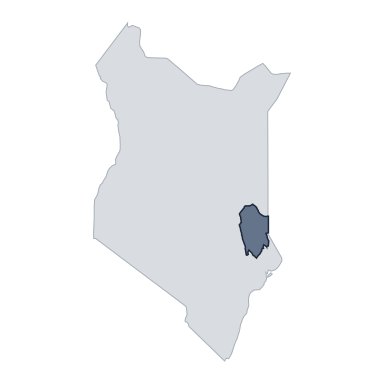 location of Fafi, North-Eastern, Kenya
{"feature_id": "3690345B31550600225726", "entity_name": "Fafi", "entity_type": "district", "adm_level": 2, "iso_a3": "KEN", "parent_name": "Kenya", "parent_adm1": "North-Eastern", "projection": "equal_earth", "projection_center": [40.194, -0.782], "detail": "fine", "context": "in_parent", "style": "filled", "palette": "slate", "viewbox_px": 384, "rotation_deg": 0, "n_neighbors": 0, "source": "geoboundaries", "source_scale": "gbopen_adm2", "svg_char_len": 6801}
<svg xmlns="http://www.w3.org/2000/svg" viewBox="0 0 384 384"><path d="M93.7,238.5L93.6,232.9L94.2,218.5L94.2,205.8L94.7,199.5L97.0,195.5L98.1,192.6L98.9,188.5L100.1,185.2L102.8,182.5L103.3,181.0L106.2,176.5L108.0,170.7L109.3,168.7L111.0,166.9L112.1,165.9L114.0,164.9L115.5,164.4L115.8,163.9L115.9,163.0L115.4,159.4L116.1,158.2L117.1,155.8L118.3,153.6L119.3,152.2L119.9,150.7L120.2,148.2L120.2,146.4L120.2,143.4L119.9,136.8L118.7,131.2L117.9,125.0L118.5,122.9L117.5,119.3L117.0,119.1L116.2,118.3L115.2,114.8L114.5,111.7L114.0,110.9L110.7,108.2L109.1,101.7L107.2,100.2L106.3,93.8L106.1,92.0L107.1,85.6L107.0,84.1L105.9,82.7L102.8,81.3L100.3,78.7L100.7,77.8L100.8,76.8L99.5,76.2L95.7,65.2L100.7,58.6L105.7,51.9L112.1,43.5L118.0,35.7L123.1,29.0L127.6,23.0L127.5,24.2L127.5,25.7L128.1,26.6L129.0,27.3L130.3,26.6L131.4,25.7L132.5,25.5L139.3,28.0L140.5,30.1L140.4,32.5L140.7,34.1L140.2,35.9L139.6,41.0L139.7,45.7L141.8,49.2L143.6,51.9L145.0,55.8L146.1,57.0L147.6,57.6L152.2,57.8L159.1,58.0L165.8,58.2L166.4,58.3L167.8,58.9L173.9,64.1L179.5,68.8L184.3,73.0L188.9,77.0L193.4,80.9L196.9,84.1L200.3,85.1L205.9,85.6L209.7,85.8L213.3,87.1L218.6,88.4L222.5,89.1L224.9,89.8L231.5,90.5L232.6,90.1L235.5,86.5L238.8,80.6L240.1,77.4L244.3,74.2L251.8,69.8L257.0,66.6L262.8,63.4L265.5,66.2L269.1,70.6L270.7,72.8L272.1,73.7L274.0,74.4L276.4,74.4L277.8,74.3L280.5,73.7L286.8,73.2L290.4,73.2L287.3,79.1L283.7,86.1L277.0,99.0L271.9,105.8L268.1,110.9L267.7,111.8L267.7,117.5L267.8,131.5L267.9,159.5L268.0,187.5L268.0,215.5L268.1,229.4L268.1,234.1L271.5,240.0L274.8,245.8L279.1,253.4L281.5,257.5L281.9,258.8L281.7,261.5L278.1,267.2L275.2,269.8L271.2,271.1L270.1,270.8L268.5,270.0L267.9,271.4L267.4,273.5L266.6,273.1L265.9,272.4L266.3,276.2L266.7,278.1L266.1,280.6L264.2,282.8L264.0,284.7L259.8,289.6L253.9,290.1L250.8,292.5L249.5,294.5L248.4,298.8L248.8,305.5L247.1,310.6L246.8,313.1L243.8,316.5L242.4,319.5L241.4,322.6L240.6,324.0L239.5,330.9L238.1,335.1L237.7,336.5L237.4,337.8L236.3,340.3L235.6,342.0L235.0,343.1L231.5,353.9L228.6,358.7L226.4,358.2L225.0,360.1L224.8,361.0L224.1,360.5L222.2,358.7L218.4,355.0L214.7,351.3L210.9,347.7L207.1,344.0L203.3,340.4L199.5,336.7L195.7,333.0L192.0,329.4L189.7,327.2L188.8,325.9L188.0,323.4L187.6,322.8L186.6,322.0L185.4,321.8L185.1,321.3L185.1,320.1L185.5,318.3L186.9,315.0L187.0,313.0L186.8,310.8L186.3,307.2L185.9,306.3L183.4,304.5L178.2,300.5L172.9,296.6L167.7,292.6L162.4,288.7L157.2,284.7L151.9,280.8L146.7,276.8L141.4,272.9L136.1,268.9L130.9,265.0L125.6,261.0L120.4,257.1L115.1,253.1L109.9,249.2L104.6,245.2L99.4,241.3L97.4,239.8L95.6,238.5L93.7,238.5ZM268.5,276.9L267.6,277.2L268.0,275.3L270.7,272.9L271.8,273.4L272.0,274.0L272.0,274.5L271.5,275.0L268.5,276.9Z" fill="#d9dde1" stroke="#a8b0b8" stroke-width="1"/><path d="M239.4,214.0L239.5,214.3L240.1,215.9L240.6,217.0L240.7,217.3L240.7,218.0L240.9,219.5L241.0,220.0L241.1,221.0L241.2,221.5L241.2,221.8L241.3,222.2L241.3,222.4L241.3,222.5L241.1,222.5L240.9,222.7L240.8,222.8L240.7,222.9L240.6,223.1L240.4,223.4L240.2,223.7L239.8,224.4L239.7,224.5L239.4,224.8L239.5,224.9L239.5,225.0L239.6,225.5L239.5,225.9L239.5,226.0L239.7,226.3L239.9,226.6L240.0,226.9L240.1,227.0L240.1,227.5L240.2,227.9L240.3,228.0L240.4,228.4L240.5,228.5L240.5,229.0L240.6,229.3L240.7,229.6L240.7,229.8L240.7,230.0L240.6,230.3L240.6,230.5L240.7,230.8L240.8,231.0L241.0,231.3L241.1,231.5L241.2,232.1L241.3,232.4L241.3,232.5L241.5,232.8L241.6,233.1L241.6,233.4L241.6,233.7L241.6,233.8L241.6,234.1L241.6,234.3L241.6,234.6L241.6,234.8L241.6,235.0L241.8,235.3L241.9,235.6L242.0,235.7L242.0,235.8L242.1,236.0L242.1,236.3L242.1,236.5L242.3,236.9L242.4,237.0L242.4,237.3L242.5,237.6L242.5,237.9L242.4,238.0L242.4,238.5L242.5,238.9L242.6,239.0L242.7,239.4L242.9,239.7L243.0,240.2L243.1,240.6L243.2,240.8L243.3,241.0L243.5,241.5L243.6,241.8L243.7,242.0L243.9,242.5L244.1,243.2L244.1,243.3L244.2,243.5L244.2,243.8L244.3,243.9L244.4,244.1L244.6,244.4L244.8,244.9L244.9,245.1L245.0,245.2L245.0,245.4L245.1,245.7L245.2,246.3L245.3,246.6L245.4,246.8L245.4,247.1L245.4,247.3L245.4,247.5L245.3,248.0L245.2,248.4L245.2,248.6L245.2,248.9L245.2,249.1L245.4,249.3L245.4,249.5L245.5,249.7L245.5,249.9L245.5,250.0L245.7,251.4L245.9,252.6L246.1,253.3L246.1,253.5L246.1,254.0L246.1,254.3L246.2,254.5L246.3,254.7L246.3,254.8L246.4,255.0L246.5,255.1L246.8,255.1L247.0,255.2L247.4,255.0L248.3,254.3L247.8,252.6L247.8,252.4L249.0,250.1L249.8,251.0L252.1,253.2L252.1,253.4L252.2,253.5L252.5,254.1L252.6,254.4L252.8,254.9L253.1,255.3L253.2,255.5L253.9,255.8L254.5,256.0L255.0,256.5L255.2,257.0L255.5,257.3L255.8,257.4L256.0,257.5L256.3,257.7L256.4,257.9L256.4,258.0L256.5,258.1L258.1,255.7L258.3,255.5L258.4,255.3L258.5,255.3L258.6,255.2L258.8,255.1L258.9,254.9L259.1,254.7L259.3,254.5L259.6,254.3L259.7,254.2L260.0,253.7L260.2,253.4L260.4,253.1L260.5,253.0L260.5,252.8L260.6,252.7L260.7,252.4L260.9,252.1L260.9,251.9L261.0,251.8L261.3,251.4L261.5,251.3L261.5,251.2L261.6,250.8L261.7,250.7L261.7,250.4L261.7,249.9L261.8,249.7L261.9,249.4L262.0,249.0L262.0,248.9L262.1,248.6L262.2,248.4L262.4,248.4L262.5,248.5L262.8,248.5L263.2,248.5L263.3,248.4L263.5,248.3L263.4,248.1L263.4,247.9L263.3,247.6L263.2,247.4L263.2,247.2L263.1,246.9L263.1,246.6L263.1,246.4L263.2,246.2L263.3,245.9L263.5,245.6L263.6,245.3L263.7,245.1L263.8,245.0L263.8,244.9L266.5,246.6L266.7,246.8L266.8,247.0L266.9,246.2L268.3,245.9L268.7,241.0L268.7,240.9L268.3,240.3L268.1,239.8L268.0,239.7L267.9,239.4L267.8,239.2L267.6,238.8L267.5,238.7L267.5,238.3L267.4,238.1L267.2,237.6L267.2,237.3L267.1,236.9L267.1,236.7L267.1,236.2L267.0,235.8L266.9,235.5L266.8,235.3L266.7,235.1L266.4,234.5L266.3,234.3L266.2,234.1L266.1,233.9L266.0,233.7L265.9,233.5L265.9,233.4L268.4,232.8L268.4,216.2L267.2,216.2L266.6,216.5L266.3,216.5L266.2,216.5L265.8,216.5L265.4,216.4L264.9,216.4L264.2,216.3L263.7,216.1L263.4,216.0L263.1,215.8L262.1,215.2L260.8,214.4L260.2,213.9L259.9,213.6L259.1,212.7L258.9,212.3L258.8,212.2L258.7,212.1L258.5,211.5L258.3,211.2L258.2,211.0L258.2,210.7L258.1,210.4L258.0,210.2L257.9,210.0L257.8,209.8L257.7,209.7L257.5,209.4L257.4,209.3L257.4,209.2L257.1,208.8L256.9,208.6L256.9,208.4L256.7,208.1L256.7,207.9L256.6,207.5L256.5,207.4L256.5,207.2L256.4,207.1L256.2,207.1L255.9,206.9L255.7,206.7L255.4,206.4L255.2,206.2L254.9,205.9L254.6,205.6L254.4,205.4L254.0,205.4L253.9,205.4L253.7,205.2L253.4,205.0L253.3,204.9L253.2,204.9L253.1,204.6L253.0,204.4L252.9,204.3L252.6,204.3L252.4,204.3L251.4,205.0L251.1,205.2L250.8,205.4L250.4,205.6L250.1,205.7L249.8,205.8L249.7,205.8L249.2,206.0L248.9,205.9L248.6,205.9L248.3,205.8L248.2,205.8L247.9,205.9L247.6,205.9L247.4,206.0L247.0,206.0L246.9,206.0L246.7,206.0L245.9,205.8L245.7,205.8L245.4,206.0L245.2,206.1L244.9,206.2L244.6,206.4L244.4,206.8L244.0,207.9L244.0,208.0L242.7,209.5L240.6,212.1L240.5,212.3L239.4,214.0Z" fill="#64748b" stroke="#1e293b" stroke-width="1.5"/></svg>